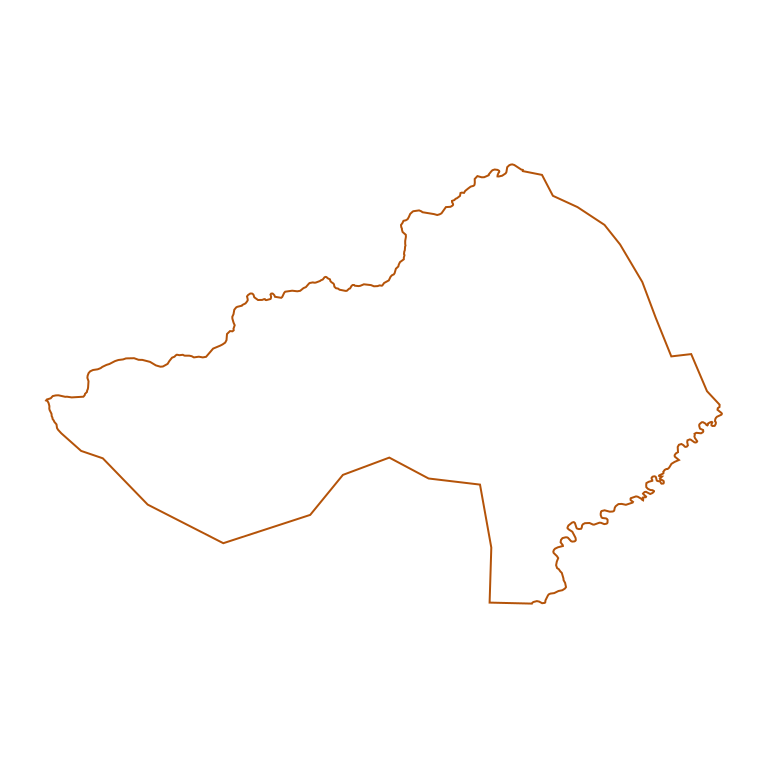 the district of Xushaat, Selenge, Mongolia
{"feature_id": "93677404B66218634749011", "entity_name": "Xushaat", "entity_type": "district", "adm_level": 2, "iso_a3": "MNG", "parent_name": "Mongolia", "parent_adm1": "Selenge", "projection": "robinson", "projection_center": [105.47, 49.721], "detail": "fine", "context": "isolated", "style": "outline", "palette": "amber", "viewbox_px": 768, "rotation_deg": 0, "n_neighbors": 0, "source": "geoboundaries", "source_scale": "gbopen_adm2", "svg_char_len": 6088}
<svg xmlns="http://www.w3.org/2000/svg" viewBox="0 0 768 768"><path d="M223.3,543.2L310.2,514.9L342.9,474.9L389.3,457.6L428.6,478.5L480.0,484.6L491.3,547.6L489.6,602.6L531.9,603.6L532.1,603.0L533.4,602.0L536.9,601.1L539.2,601.6L542.1,603.2L544.6,602.9L545.2,602.5L545.5,600.3L547.9,595.5L548.7,594.4L550.4,593.6L554.2,593.1L558.5,591.0L562.4,590.2L565.0,588.5L566.0,587.1L565.1,582.9L563.6,580.2L563.4,578.3L561.8,572.9L560.3,571.4L558.8,569.2L557.1,568.1L556.1,565.2L556.8,561.6L558.2,558.1L557.0,556.2L553.7,553.0L553.3,551.8L553.8,550.1L555.0,548.7L557.9,547.3L562.9,546.0L562.8,545.2L560.6,542.3L561.0,539.9L562.5,538.1L565.6,537.3L566.9,537.3L568.0,537.8L571.0,541.1L572.2,541.6L574.4,541.4L575.3,540.9L575.8,540.1L575.6,538.1L575.1,537.0L572.3,531.7L569.1,529.7L567.6,528.4L567.5,527.5L568.4,525.5L572.2,522.5L573.8,522.1L574.9,523.0L576.5,527.9L577.1,528.6L579.0,529.1L581.2,528.7L581.8,527.4L582.1,525.4L583.0,524.2L584.9,523.2L589.5,523.0L593.1,524.6L594.2,524.6L599.4,522.7L601.0,522.8L604.2,524.1L606.1,523.8L607.0,523.4L607.5,522.7L607.6,519.9L606.9,518.9L606.0,518.4L602.5,518.0L601.6,517.5L600.7,515.1L600.7,513.5L601.1,511.6L601.7,511.0L604.6,510.3L609.8,511.7L612.8,511.5L613.8,511.0L614.2,510.5L614.8,507.7L615.7,506.2L618.4,504.1L621.6,503.9L625.9,504.8L632.6,502.6L633.0,501.9L630.7,500.2L630.5,498.9L630.8,498.2L636.0,496.4L637.7,496.7L641.4,498.8L642.3,499.9L643.1,500.3L643.2,499.7L642.7,497.9L642.8,497.6L645.8,497.2L646.1,496.6L643.4,494.2L643.0,493.6L643.9,492.6L644.7,492.0L646.0,491.8L650.2,494.0L652.5,493.0L654.0,491.5L654.0,491.1L652.6,490.2L650.4,490.0L648.0,488.9L646.5,487.4L646.3,487.1L646.2,484.9L646.4,483.1L648.7,481.8L652.3,480.8L652.3,480.0L651.6,478.7L651.6,477.9L652.5,476.7L654.3,476.3L655.2,476.5L655.9,477.1L656.7,480.4L657.1,480.8L658.2,481.2L659.9,481.2L661.2,483.4L661.7,483.7L663.4,483.5L663.8,482.8L663.7,481.2L662.5,480.2L660.4,479.6L659.9,478.8L662.0,476.6L659.7,476.5L659.0,475.9L659.2,475.4L663.0,473.6L663.4,473.3L663.5,472.3L663.3,471.8L664.7,469.9L666.4,469.0L667.6,469.0L669.1,467.7L671.5,463.8L674.6,461.9L678.9,460.0L674.8,456.6L674.6,455.5L674.8,454.9L675.9,453.4L678.0,452.2L677.7,447.0L678.9,444.8L681.4,444.0L683.5,445.2L684.6,446.5L685.3,446.9L686.7,446.7L687.9,445.4L687.2,442.1L687.5,440.3L689.8,439.4L690.8,439.7L694.4,442.3L695.6,442.5L696.6,442.2L697.2,441.2L694.9,438.0L694.4,436.4L694.8,434.8L694.5,433.8L696.3,432.8L701.0,433.3L702.8,432.3L703.3,431.4L703.1,430.0L700.1,428.7L699.8,428.1L699.2,425.8L699.3,424.6L699.7,424.0L701.7,422.3L703.0,422.2L705.3,423.5L706.4,424.9L707.3,425.4L707.9,424.8L707.9,423.7L708.2,423.4L710.3,422.2L711.8,421.9L712.3,422.3L711.5,424.2L711.5,425.4L712.5,426.0L714.6,425.9L715.6,424.3L715.9,422.9L715.8,422.2L715.0,421.2L715.3,419.1L715.9,417.9L716.9,416.8L721.4,414.7L721.9,413.8L721.5,413.0L717.5,409.8L717.8,408.2L719.5,407.0L719.6,404.7L707.0,391.2L691.2,354.1L671.3,356.4L655.7,317.7L642.3,282.0L620.1,244.5L604.5,224.9L577.5,207.1L552.9,195.8L542.0,174.9L522.8,171.1L522.8,169.9L521.3,169.6L514.3,165.0L512.3,164.4L510.8,164.6L509.3,165.2L507.2,167.2L506.4,172.1L505.6,173.4L502.2,175.7L498.7,176.5L497.5,176.4L497.6,175.1L498.6,172.7L499.1,172.2L499.3,171.4L499.1,170.8L497.6,169.9L494.7,169.5L492.5,170.2L491.5,171.1L488.8,174.4L488.9,174.9L488.6,175.3L484.2,177.2L481.8,177.3L477.4,176.1L474.7,179.0L474.8,182.8L474.5,184.8L474.1,185.4L473.3,185.9L470.7,186.6L468.3,188.4L465.2,190.9L464.0,192.9L461.8,192.6L460.5,193.0L460.0,195.9L457.0,198.2L455.6,198.8L454.3,200.1L452.0,200.9L452.0,202.0L453.0,203.9L453.1,204.8L452.5,205.6L450.5,206.8L445.9,207.1L441.5,213.3L439.7,214.3L437.2,215.0L434.0,214.1L422.4,212.2L421.5,211.4L419.1,210.4L413.5,211.2L412.8,211.5L410.2,213.9L408.9,216.9L407.6,219.2L405.8,220.3L403.5,220.8L402.4,223.1L401.0,225.0L401.3,227.3L401.9,228.5L401.9,229.5L402.6,232.0L405.8,234.8L405.9,236.9L405.2,240.9L405.2,244.0L405.5,245.7L405.1,246.5L404.8,250.3L404.3,251.5L404.0,254.1L404.5,255.1L403.8,257.7L403.8,259.3L400.0,262.1L398.8,264.5L398.3,266.5L395.9,268.7L394.6,273.2L393.8,274.4L391.9,275.3L390.6,276.7L388.8,280.4L384.1,283.0L382.3,285.5L381.7,285.7L379.6,285.4L377.6,286.1L374.0,286.3L371.0,285.1L363.9,284.3L360.3,285.8L358.6,286.1L354.8,285.7L354.1,285.0L352.7,285.0L351.6,285.8L350.1,288.4L349.0,288.8L346.8,290.8L345.6,290.9L339.5,289.7L338.1,288.6L335.9,288.2L334.4,286.7L334.0,284.5L333.5,283.6L331.3,282.1L330.3,280.9L330.0,279.4L327.6,278.2L326.5,277.1L325.5,276.9L324.5,277.3L322.8,279.5L320.9,280.3L320.0,281.0L315.7,282.6L314.1,282.7L312.9,282.4L309.7,283.0L309.0,283.5L305.9,287.1L303.5,288.1L300.2,290.8L297.3,291.3L292.2,290.7L285.2,291.7L284.2,292.8L282.2,297.0L281.2,297.8L275.0,296.8L274.4,295.3L273.6,294.4L272.6,293.5L271.9,293.5L271.2,293.6L270.5,294.5L271.1,296.6L271.0,297.9L270.5,299.0L266.4,300.1L265.5,300.0L265.0,299.2L264.2,299.1L262.2,299.9L258.0,300.0L254.3,297.3L253.5,294.8L252.9,294.1L252.0,293.5L250.3,293.5L248.1,295.0L247.0,296.4L247.7,299.2L247.7,300.3L247.0,301.5L245.5,303.4L242.3,305.0L241.9,305.7L237.3,306.8L236.2,307.4L234.3,309.7L233.5,314.2L232.3,316.8L232.4,318.7L233.6,322.8L234.7,325.2L233.5,328.7L233.7,330.3L232.5,331.3L230.0,331.1L227.0,334.0L226.5,340.1L225.2,342.6L222.6,344.4L220.3,345.6L213.1,348.6L206.1,356.8L202.8,357.4L198.8,356.7L193.9,357.4L191.7,356.2L189.4,355.7L185.8,355.7L184.4,355.6L182.8,354.8L179.4,355.2L176.9,354.7L175.7,355.4L174.5,356.7L172.0,357.7L169.3,361.1L167.6,363.9L162.9,366.5L160.4,366.7L155.9,365.4L150.1,361.9L142.4,359.9L138.6,359.8L134.1,358.2L126.0,358.4L123.1,359.4L118.4,360.0L115.0,361.1L109.4,364.0L106.5,364.9L102.3,366.9L100.7,368.1L97.7,369.3L93.0,370.0L90.2,371.3L88.6,373.1L87.6,375.8L87.4,377.9L88.5,381.2L88.1,387.4L87.8,389.1L87.1,390.6L87.0,391.9L85.0,393.9L84.7,395.2L83.4,396.7L71.7,397.4L67.0,396.7L65.2,396.8L58.5,395.3L55.8,395.4L52.7,396.1L50.7,398.3L46.8,399.5L46.1,400.5L47.5,401.0L48.6,403.1L49.4,406.1L49.3,408.8L49.7,410.2L51.5,413.8L51.7,416.2L52.4,417.5L52.6,419.0L53.7,420.4L54.3,421.8L56.5,424.4L57.0,428.0L58.0,429.7L61.3,433.3L81.1,450.9L102.8,458.3L147.7,504.6L223.3,543.2Z" fill="none" stroke="#b45309" stroke-width="2"/></svg>